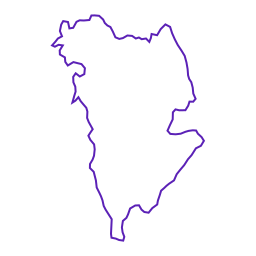 Santa Cruz da Esperança, São Paulo, Brazil
{"feature_id": "56859067B44664335204438", "entity_name": "Santa Cruz da Esperança", "entity_type": "district", "adm_level": 2, "iso_a3": "BRA", "parent_name": "Brazil", "parent_adm1": "São Paulo", "projection": "equal_earth", "projection_center": [-47.445, -21.286], "detail": "fine", "context": "isolated", "style": "outline", "palette": "violet", "viewbox_px": 256, "rotation_deg": 0, "n_neighbors": 0, "source": "geoboundaries", "source_scale": "gbopen_adm2", "svg_char_len": 1841}
<svg xmlns="http://www.w3.org/2000/svg" viewBox="0 0 256 256"><path d="M68.0,22.0L63.2,21.1L61.2,24.6L59.9,31.0L62.0,36.3L57.9,38.5L55.4,41.7L52.1,45.4L54.9,46.7L58.6,44.8L62.8,45.4L59.7,50.4L59.9,54.5L64.9,57.4L65.3,61.9L67.8,65.5L73.4,62.1L77.8,63.2L81.5,64.1L84.9,68.2L84.3,74.1L79.8,76.5L75.7,73.3L73.2,76.9L73.4,82.3L75.3,86.7L75.6,91.6L74.2,96.1L72.4,102.6L75.4,100.7L78.4,97.2L80.7,101.2L83.3,104.3L86.3,107.8L87.4,111.6L87.1,117.9L88.7,122.0L92.7,129.2L90.3,132.7L88.4,135.7L90.3,139.8L94.1,144.4L94.7,149.4L94.0,155.8L92.6,159.6L90.0,164.0L89.9,168.0L93.7,171.8L95.9,180.4L96.7,187.5L99.4,192.9L101.0,196.3L102.5,200.4L103.7,205.9L105.6,209.6L108.9,214.8L111.7,219.2L111.0,233.8L111.5,237.7L115.8,238.6L119.1,240.0L123.2,240.6L124.3,236.8L122.6,232.3L121.9,227.4L122.9,220.9L126.4,217.9L128.0,214.5L130.1,208.5L135.2,205.5L139.0,205.3L141.5,209.6L144.3,212.0L148.6,212.7L152.3,208.1L157.2,204.5L157.9,200.6L159.8,195.0L161.1,190.7L164.1,188.1L166.5,185.8L169.1,183.7L174.0,180.4L176.7,174.2L180.3,169.7L184.2,165.1L188.0,159.2L191.6,155.1L195.9,148.3L200.9,145.8L203.9,140.8L201.6,137.1L197.9,133.7L196.1,130.5L192.7,130.3L188.5,130.9L185.4,131.8L180.7,133.7L175.6,134.3L170.3,133.9L167.5,130.7L170.0,125.0L172.7,119.4L172.9,112.3L175.5,109.4L179.3,110.3L185.4,110.2L188.2,105.7L189.5,101.6L193.2,101.7L195.6,98.8L193.3,93.6L192.7,87.6L191.3,82.2L189.2,79.0L188.1,75.4L187.6,69.0L186.5,62.6L184.7,55.9L181.8,51.1L177.7,44.9L174.8,39.3L172.1,33.2L170.1,26.9L165.4,24.4L160.7,29.1L157.1,35.2L151.6,34.0L150.9,37.9L149.3,41.9L146.0,38.5L141.7,39.2L138.9,37.5L135.8,38.5L132.1,35.9L127.4,35.5L122.9,38.1L119.3,38.9L115.4,37.3L112.8,31.5L110.4,27.0L107.4,25.5L104.8,23.0L103.2,19.6L99.1,15.8L94.6,15.4L91.4,15.5L89.4,20.0L83.8,20.5L79.7,20.3L76.5,21.8L73.2,27.8L69.4,28.4L68.0,22.0Z" fill="none" stroke="#5b21b6" stroke-width="2"/></svg>